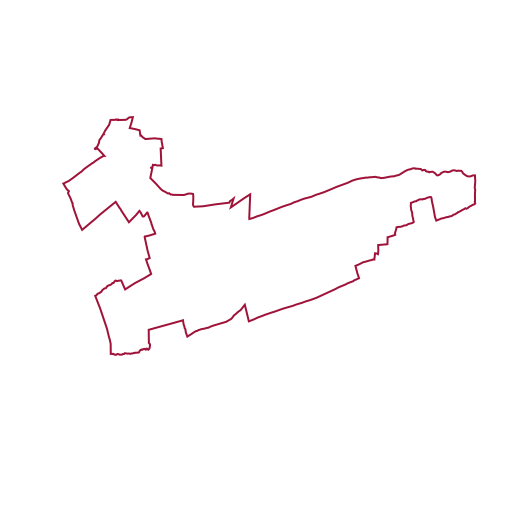 outline of Dimitrie Cantemir, Vaslui, Romania, rotated 102°
{"feature_id": "2599482B29035233418864", "entity_name": "Dimitrie Cantemir", "entity_type": "district", "adm_level": 2, "iso_a3": "ROU", "parent_name": "Romania", "parent_adm1": "Vaslui", "projection": "robinson", "projection_center": [28.052, 46.525], "detail": "fine", "context": "isolated", "style": "outline", "palette": "rose", "viewbox_px": 512, "rotation_deg": 102, "n_neighbors": 0, "source": "geoboundaries", "source_scale": "gbopen_adm2", "svg_char_len": 6086}
<svg xmlns="http://www.w3.org/2000/svg" viewBox="0 0 512 512"><g transform="rotate(102 256 256)"><path d="M328.4,405.0L340.1,397.3L358.2,386.6L365.4,383.2L368.3,381.6L372.1,379.9L382.0,377.7L381.6,376.6L381.7,375.6L381.5,375.4L381.4,375.1L381.9,374.0L381.7,372.9L381.8,372.5L381.6,372.0L380.9,371.5L380.6,370.9L380.6,370.0L380.9,368.8L380.3,366.5L379.6,365.9L379.3,364.7L378.4,364.2L378.3,363.8L378.3,361.8L377.9,360.4L377.8,358.4L377.3,357.7L376.9,356.2L376.5,355.8L376.3,355.2L375.9,354.7L376.0,354.3L375.7,353.8L374.9,350.8L374.2,350.3L373.4,350.2L372.0,349.5L371.8,349.0L371.8,348.8L371.3,348.5L371.3,347.6L370.6,347.1L369.9,345.2L370.5,344.6L370.4,344.2L370.2,344.0L370.0,343.2L369.4,343.2L369.9,341.8L369.5,341.7L369.0,341.1L368.5,341.0L366.5,341.0L364.4,341.3L363.4,342.7L350.5,345.6L334.8,315.4L334.0,314.1L338.1,312.5L339.8,311.4L341.6,310.7L342.2,309.9L345.4,308.7L349.1,306.4L345.8,303.0L343.4,300.7L341.9,299.0L341.6,298.1L340.3,296.7L339.8,295.6L338.9,294.2L337.5,290.7L336.6,289.4L336.2,287.9L334.6,285.9L332.9,283.2L326.4,271.2L325.8,270.7L323.0,267.5L322.3,266.9L320.1,265.8L318.8,265.3L317.1,263.8L314.6,262.1L312.1,259.8L306.0,256.8L321.4,249.4L318.6,245.1L315.9,241.6L312.5,236.2L311.5,234.9L311.4,234.5L308.2,229.2L306.6,226.3L301.7,218.3L296.8,209.1L295.6,207.4L293.0,202.8L293.0,202.5L290.0,197.8L287.9,193.9L284.4,188.3L272.0,171.7L269.6,168.9L265.0,162.2L263.7,160.8L260.5,155.8L259.6,155.1L256.3,150.6L251.7,153.3L245.0,156.7L243.1,153.9L239.7,149.7L239.1,148.3L238.1,146.4L237.2,144.8L235.6,141.5L234.9,140.6L234.9,139.5L228.6,140.1L228.5,138.0L228.9,137.1L228.5,137.0L225.2,137.5L219.9,138.8L218.6,134.5L218.0,132.9L217.8,131.6L217.1,129.9L213.1,130.6L210.3,131.2L207.9,126.7L206.3,124.2L204.7,124.8L199.7,124.4L198.7,124.5L197.8,122.5L197.5,120.9L196.5,119.0L195.3,117.3L194.9,115.9L194.5,115.1L193.0,113.6L191.6,110.6L190.6,109.2L190.1,108.8L189.6,108.9L187.3,110.0L186.9,110.0L185.7,110.7L183.1,111.8L182.2,111.9L180.7,112.5L179.4,113.4L178.1,114.0L174.6,115.1L171.8,115.5L171.3,114.5L169.6,112.1L169.0,110.5L168.4,110.1L166.6,107.8L166.4,106.6L166.0,105.7L166.1,105.0L165.9,104.6L165.4,104.2L165.1,102.9L164.3,101.7L163.6,101.0L162.1,98.0L161.9,97.3L162.8,96.4L165.9,95.3L171.6,92.7L180.5,89.1L183.9,87.0L180.5,82.0L180.2,80.8L178.7,78.3L177.5,75.4L177.1,75.1L176.4,73.2L175.8,72.5L174.5,71.4L174.0,70.2L171.8,68.0L171.8,67.8L170.9,67.3L170.3,66.1L168.2,63.9L166.7,62.0L165.8,61.2L166.0,60.0L165.2,58.9L164.3,58.3L163.2,57.3L162.2,56.0L160.8,54.6L160.4,53.7L159.9,53.0L159.0,52.5L157.5,53.3L157.2,53.1L150.0,54.7L146.1,55.3L145.0,55.6L144.0,56.2L137.0,57.1L136.1,57.4L131.6,58.6L131.7,59.2L132.2,60.8L133.6,62.9L134.1,65.6L133.4,67.9L132.3,70.3L131.7,71.1L130.5,72.0L130.0,73.2L130.4,74.8L130.4,75.8L131.1,77.2L130.9,79.4L131.0,80.2L131.8,82.2L133.3,83.8L134.1,85.7L134.1,88.6L134.4,89.5L135.5,91.1L136.7,92.4L137.3,92.5L138.3,93.4L139.3,94.9L139.5,95.5L139.3,96.1L137.9,97.9L136.9,100.4L136.9,100.9L137.2,102.1L138.1,104.1L137.7,104.7L137.9,106.0L137.7,107.5L136.8,108.2L136.7,109.0L137.0,109.9L137.7,111.0L137.7,111.3L137.0,112.1L136.7,113.1L137.1,116.7L137.5,118.0L137.2,118.6L137.4,120.0L138.3,122.0L139.1,122.9L139.4,124.0L140.5,125.9L142.5,128.4L143.9,129.7L145.0,131.0L145.7,131.5L146.9,132.9L147.6,134.4L148.1,135.1L148.3,135.9L149.3,137.4L149.5,137.8L149.5,138.6L149.9,139.5L150.3,140.9L152.8,146.7L153.7,149.3L153.8,150.4L153.6,152.0L153.9,153.7L153.7,155.5L155.2,160.4L155.3,161.1L156.2,163.3L156.4,164.6L158.7,170.6L160.3,174.1L162.2,177.4L165.4,181.6L171.6,191.5L175.2,196.6L179.2,202.4L182.7,208.2L183.3,209.5L186.6,214.2L189.8,220.6L191.4,223.3L193.8,226.8L195.7,230.1L197.8,232.7L200.3,237.2L200.9,238.0L201.5,239.2L203.0,241.6L207.9,248.9L209.1,250.9L213.7,257.5L215.4,260.3L216.7,262.8L219.3,266.6L221.2,270.2L219.7,270.6L196.9,274.5L202.0,279.7L213.7,290.7L204.5,289.9L206.3,291.3L207.5,292.7L209.4,293.2L213.8,306.1L218.3,317.9L219.1,320.8L220.2,325.2L220.7,326.5L220.7,326.9L220.5,327.3L218.9,328.3L214.9,328.9L210.7,329.7L208.4,330.5L208.5,332.8L209.1,335.3L211.3,339.1L213.5,350.2L213.3,351.2L213.6,352.3L212.7,353.8L212.8,354.4L213.1,354.8L213.0,355.8L212.3,357.6L211.4,361.0L210.2,363.2L206.1,368.9L201.7,375.6L191.5,375.7L191.6,376.5L191.5,377.0L191.4,377.0L191.2,376.5L190.2,375.7L188.3,375.8L188.3,374.5L187.7,373.5L188.0,372.1L187.9,370.9L187.3,368.6L187.3,367.3L170.7,371.6L169.9,369.5L163.1,372.3L161.3,372.7L161.4,375.1L161.7,376.4L161.8,378.2L162.1,380.1L164.6,388.5L163.3,391.7L162.0,393.4L162.3,394.1L157.2,396.0L157.0,401.3L157.1,406.1L152.4,405.6L145.8,405.3L146.5,408.1L147.1,409.1L149.0,410.6L149.7,411.4L150.0,412.2L151.8,419.6L151.8,419.9L151.3,419.8L151.7,421.7L152.3,422.6L152.8,425.4L153.3,426.6L158.1,426.9L164.7,429.6L168.5,430.6L168.7,430.3L168.9,430.8L173.2,432.3L174.9,433.2L175.8,433.3L176.8,433.2L178.2,433.2L182.1,434.1L184.2,435.7L184.7,436.7L184.6,436.0L184.8,435.0L183.8,433.9L183.8,433.4L188.0,427.3L189.6,425.2L189.7,425.8L192.6,429.1L196.5,432.9L198.6,434.6L199.0,435.2L204.3,440.1L206.7,442.2L209.8,444.3L211.0,445.5L218.0,451.5L221.6,454.8L225.2,459.5L228.7,456.3L230.4,454.5L231.4,452.5L231.8,452.5L233.1,453.0L233.7,452.9L238.3,449.3L242.0,447.0L242.5,446.3L243.4,446.2L244.5,445.8L249.1,443.3L261.3,435.8L266.6,431.5L252.9,420.8L247.4,416.8L232.2,404.5L237.4,399.4L238.0,398.5L239.6,397.2L249.4,387.3L240.9,381.9L236.1,379.4L237.4,377.9L240.7,375.2L240.9,374.9L240.9,374.5L240.4,373.7L236.1,371.5L236.1,371.1L238.7,369.6L245.2,365.4L247.0,364.6L247.4,364.2L249.7,362.9L251.7,361.6L252.3,361.0L253.4,360.1L255.1,359.2L258.1,364.5L259.5,367.4L260.0,368.8L260.5,368.9L273.2,363.2L280.1,359.6L281.9,362.0L282.2,362.9L286.9,360.1L291.6,357.1L295.4,354.8L301.2,361.0L307.7,368.8L315.9,377.1L308.0,382.7L307.9,383.0L308.0,383.4L308.5,384.3L308.7,385.3L309.4,386.5L309.4,387.0L309.2,388.0L309.3,388.4L310.4,389.2L311.6,389.5L312.2,390.1L312.3,390.8L313.8,391.6L314.7,392.7L315.5,394.2L316.4,395.2L317.4,395.7L317.8,395.7L318.7,396.2L319.3,397.6L321.6,399.4L323.2,399.8L323.6,400.5L324.5,401.1L326.0,403.2L326.7,403.4L327.8,404.2L328.4,405.0Z" fill="none" stroke="#9f1239" stroke-width="2"/></g></svg>